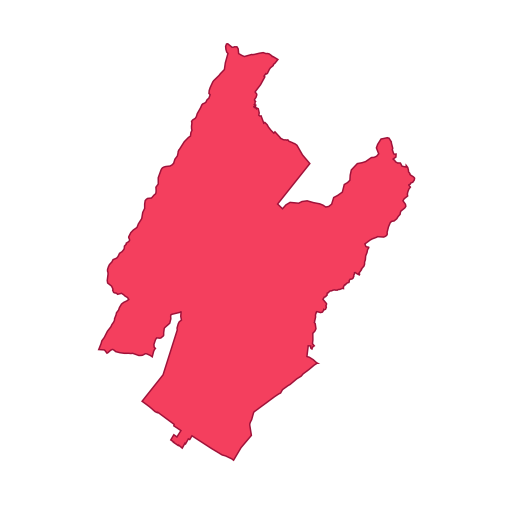 the district of Urechesti, Bacau, Romania, rotated 99°
{"feature_id": "2599482B92089902451538", "entity_name": "Urechesti", "entity_type": "district", "adm_level": 2, "iso_a3": "ROU", "parent_name": "Romania", "parent_adm1": "Bacau", "projection": "equal_earth", "projection_center": [27.054, 46.131], "detail": "fine", "context": "isolated", "style": "filled", "palette": "rose", "viewbox_px": 512, "rotation_deg": 99, "n_neighbors": 0, "source": "geoboundaries", "source_scale": "gbopen_adm2", "svg_char_len": 6120}
<svg xmlns="http://www.w3.org/2000/svg" viewBox="0 0 512 512"><g transform="rotate(99 256 256)"><path d="M452.6,296.2L447.2,294.2L447.7,292.9L447.6,292.7L443.6,291.1L453.2,269.6L457.8,258.3L458.2,254.8L460.1,248.3L461.2,246.2L447.6,240.8L433.9,232.5L424.1,235.7L422.8,235.9L420.7,235.5L418.3,234.7L411.2,233.9L410.2,233.5L391.9,215.5L388.5,211.8L387.5,210.3L384.0,209.0L383.2,208.3L379.0,204.1L377.6,202.3L370.9,196.5L367.5,192.5L365.1,191.1L360.1,186.2L354.5,181.3L352.4,178.9L352.3,178.4L351.8,179.7L349.5,183.2L347.7,187.4L347.3,190.0L336.5,190.4L336.3,187.9L337.7,187.8L338.7,187.2L339.1,186.2L337.7,186.0L336.5,185.4L335.6,184.4L333.8,186.5L330.0,186.7L323.5,187.8L320.9,186.1L318.5,185.4L313.6,186.9L312.6,188.0L311.5,187.8L310.7,188.0L310.4,187.8L307.0,187.6L305.2,188.0L302.9,187.9L302.7,187.5L301.5,187.5L301.4,186.5L301.8,183.4L301.0,181.6L298.9,180.7L298.4,180.7L298.6,180.4L297.7,179.0L295.6,178.5L294.2,179.2L293.2,178.8L292.0,178.9L288.3,183.1L285.9,182.1L285.5,181.2L284.9,180.6L284.0,180.3L283.6,179.7L281.6,179.9L281.3,179.7L281.0,178.8L279.4,177.9L278.7,176.7L278.6,175.9L277.7,174.6L277.2,173.1L277.3,172.4L277.0,170.3L276.3,169.6L275.9,168.0L274.4,165.5L274.5,164.5L272.8,164.8L270.6,164.0L270.5,163.2L269.8,163.1L269.4,162.4L268.5,161.9L267.8,160.7L267.7,160.2L266.9,159.9L265.6,160.1L264.2,159.4L263.8,157.7L262.4,156.5L261.4,156.5L261.0,156.2L259.2,156.4L258.5,156.0L257.1,156.1L256.8,155.5L257.9,153.1L258.5,151.0L257.7,150.8L257.0,151.7L252.9,149.6L252.5,149.9L249.1,147.8L247.1,147.5L245.0,147.8L242.6,147.4L238.8,147.7L235.2,146.9L232.3,146.8L230.2,145.9L229.7,146.1L229.6,148.6L229.4,149.0L227.0,150.3L222.3,145.7L220.8,143.7L218.5,139.6L217.9,139.1L217.3,132.8L216.2,131.1L215.0,130.1L213.9,129.8L212.0,130.2L206.4,129.7L202.0,128.6L200.5,127.3L199.8,125.1L197.2,122.8L194.8,121.8L192.3,120.2L190.3,120.2L189.0,119.9L185.3,116.6L183.6,115.8L182.2,116.2L181.4,116.6L178.5,119.5L176.3,118.6L173.0,115.6L171.2,116.2L169.0,116.1L166.1,115.5L163.8,114.3L162.1,116.2L161.8,116.2L160.8,114.8L159.8,114.6L158.6,112.7L156.3,111.6L154.5,111.5L154.1,111.7L153.2,112.9L151.8,116.1L151.1,116.9L150.5,116.9L149.0,118.5L147.3,118.9L144.8,120.0L143.1,121.8L144.6,121.6L144.5,125.8L141.6,127.9L141.8,129.8L142.1,130.4L141.2,132.8L139.7,134.2L139.1,135.6L138.7,135.7L136.4,133.3L133.4,133.6L133.8,135.1L133.5,136.0L129.7,138.0L128.2,137.8L123.1,140.0L122.1,140.2L118.8,143.1L118.7,143.3L118.9,144.0L118.6,144.7L120.9,150.8L126.7,153.3L130.4,154.0L135.9,150.8L138.6,152.5L140.1,154.8L140.7,157.4L145.6,162.5L147.3,165.9L148.9,170.4L156.1,175.3L161.3,175.6L166.5,175.1L169.2,177.1L171.6,180.0L179.4,180.7L183.4,184.8L186.1,188.4L193.0,189.4L195.7,191.9L196.7,194.8L195.3,197.8L194.5,201.2L194.3,207.6L193.5,214.1L195.0,219.1L197.2,222.1L197.7,230.7L200.8,234.4L205.2,237.2L201.3,242.8L156.3,217.3L148.9,225.9L140.2,232.9L138.9,235.5L138.9,236.6L138.5,237.2L137.5,241.5L136.3,242.7L136.8,243.9L136.6,244.6L136.9,246.3L136.7,247.9L136.3,248.6L136.0,250.2L135.6,250.2L130.4,256.7L131.9,257.6L129.5,260.9L126.6,264.0L124.6,265.5L123.3,267.3L122.7,268.2L123.6,269.1L116.8,272.9L117.2,273.9L116.5,275.3L114.2,275.2L110.2,276.8L109.7,278.4L110.5,278.6L109.6,279.7L109.0,279.8L109.6,280.6L109.5,281.0L108.6,281.5L107.3,279.9L107.0,279.8L106.5,281.3L105.8,280.8L103.8,281.0L103.5,280.7L103.2,281.2L102.7,281.3L102.4,281.8L101.6,281.9L99.3,280.8L96.7,280.4L95.4,281.0L94.7,282.2L93.7,282.4L86.1,278.3L77.7,275.3L77.1,276.2L74.3,274.8L74.6,274.1L73.8,273.3L69.3,271.9L67.8,271.1L65.2,268.8L64.0,268.7L62.7,267.5L58.5,265.1L56.4,270.2L56.5,271.2L55.9,271.5L54.3,274.7L54.2,276.3L54.5,278.0L54.0,280.7L55.2,284.4L57.1,289.0L57.7,291.0L57.6,291.7L60.8,298.7L60.2,301.1L58.8,304.8L54.2,306.0L52.4,307.5L52.7,309.9L53.4,311.1L53.6,312.3L50.8,317.1L51.2,318.3L53.7,318.8L56.7,318.0L59.2,316.8L60.3,315.4L70.0,316.5L76.8,316.4L81.5,319.7L83.4,320.7L89.4,325.2L90.8,325.9L96.8,327.6L99.8,328.1L102.8,327.9L103.9,326.5L107.4,327.2L109.4,328.8L112.0,329.6L113.2,330.9L114.0,332.3L115.1,333.1L118.5,334.0L124.6,336.3L127.6,336.7L129.5,337.5L131.5,339.8L133.1,340.7L134.6,340.1L137.9,340.0L140.5,339.5L141.8,338.9L144.3,339.6L147.9,339.5L149.4,341.2L154.3,344.7L162.9,348.4L163.3,348.8L165.1,349.2L166.4,349.1L169.5,349.3L173.0,351.2L177.6,351.9L178.0,352.4L179.2,353.2L180.6,355.0L181.7,359.0L182.5,360.8L183.5,362.1L184.4,362.7L185.7,363.2L194.0,364.8L200.2,363.8L203.7,365.6L206.9,364.9L208.9,364.7L210.3,364.9L211.6,366.1L215.1,368.3L216.1,372.1L217.2,373.2L218.6,374.1L222.1,374.1L226.4,373.4L230.7,374.7L236.9,374.7L242.7,377.2L246.0,377.9L246.7,378.3L249.5,381.2L252.5,383.3L256.9,384.7L257.8,384.6L259.2,383.6L260.5,383.3L261.7,384.0L263.7,386.2L264.7,386.0L266.8,387.5L268.8,387.3L270.1,387.5L272.7,389.0L274.7,391.2L278.1,392.2L279.6,393.1L280.3,393.9L281.9,396.6L284.2,397.3L287.4,399.4L289.8,400.1L292.5,400.5L294.1,400.3L295.2,399.7L296.9,399.3L303.4,399.1L305.9,398.3L308.3,394.0L310.6,392.4L311.3,392.1L312.2,392.2L314.1,391.0L314.5,390.2L314.6,387.8L315.5,386.8L313.9,383.0L315.0,380.6L316.0,379.2L317.1,376.4L318.8,374.9L320.5,376.5L322.5,379.4L324.5,381.3L328.2,382.8L330.9,383.3L333.9,384.9L336.0,385.0L340.1,385.9L341.5,385.7L343.4,386.2L346.3,387.6L348.5,388.2L353.6,391.0L360.2,393.1L363.9,395.0L366.8,395.3L373.0,396.7L372.5,391.5L372.7,390.7L375.3,388.0L374.5,387.0L371.9,384.9L370.8,383.4L370.7,382.8L371.3,381.3L372.4,379.6L372.8,375.2L372.7,370.7L372.0,366.6L371.9,364.3L371.4,362.6L372.6,356.1L372.1,353.6L371.7,352.5L369.8,350.0L369.7,348.7L370.7,345.0L371.8,342.7L366.3,342.2L364.4,341.7L363.0,340.9L362.0,342.3L359.4,343.0L354.5,342.2L352.5,341.4L352.3,340.3L352.2,338.1L351.8,337.1L349.4,335.0L348.7,334.8L346.3,335.2L342.0,335.3L341.1,335.0L335.9,330.7L331.4,330.3L328.7,330.9L327.3,330.8L326.7,329.9L323.6,322.4L322.9,321.6L323.0,321.2L327.3,320.9L331.0,319.6L333.0,321.5L335.2,322.2L339.5,322.7L341.4,322.2L387.9,329.2L417.3,345.8L421.5,337.7L425.5,331.3L426.2,328.9L425.7,328.6L435.1,310.5L436.6,310.6L440.2,302.8L447.1,305.8L445.4,309.2L451.0,311.4L452.6,308.2L452.9,308.4L455.4,303.1L454.9,302.8L457.3,298.8L452.1,296.9L452.6,296.2Z" fill="#f43f5e" stroke="#9f1239" stroke-width="1.5"/></g></svg>